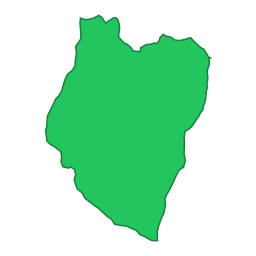 outline of Oghuz District, Oğuz, Azerbaijan
{"feature_id": "54616110B99657283459996", "entity_name": "Oghuz District", "entity_type": "district", "adm_level": 2, "iso_a3": "AZE", "parent_name": "Azerbaijan", "parent_adm1": "Oğuz", "projection": "albers", "projection_center": [47.537, 41.048], "detail": "fine", "context": "isolated", "style": "filled", "palette": "green", "viewbox_px": 256, "rotation_deg": 0, "n_neighbors": 0, "source": "geoboundaries", "source_scale": "gbopen_adm2", "svg_char_len": 1683}
<svg xmlns="http://www.w3.org/2000/svg" viewBox="0 0 256 256"><path d="M210.3,58.0L208.7,57.2L203.8,49.2L200.5,47.5L194.8,42.3L190.6,37.7L184.6,39.5L179.4,40.6L174.7,40.0L171.3,37.3L165.4,35.9L163.1,34.4L159.8,38.0L159.6,40.3L156.6,43.6L154.6,43.0L149.7,44.4L146.6,44.4L140.6,47.8L140.5,51.6L133.3,51.1L130.8,47.4L127.1,44.3L124.0,42.9L118.7,37.2L118.7,34.6L119.6,28.4L119.4,24.7L117.8,19.6L116.0,17.8L114.0,17.7L108.3,21.1L105.6,23.2L101.9,17.4L98.8,15.4L93.5,18.2L86.3,19.8L80.4,18.1L80.4,18.4L80.4,18.5L80.0,23.6L80.6,30.3L81.0,38.5L78.8,42.0L75.7,46.5L76.5,53.8L75.2,61.4L75.2,65.2L72.6,70.1L67.7,74.1L65.5,78.4L64.0,82.6L63.9,82.9L61.8,90.6L59.0,95.6L55.7,99.1L52.8,105.3L50.1,110.6L49.2,112.5L47.4,116.4L47.1,122.4L46.6,126.9L45.7,130.7L46.5,136.9L46.9,141.0L50.7,144.7L54.0,146.3L57.2,148.9L60.7,151.5L61.7,156.5L61.1,161.6L62.8,166.7L68.2,168.1L70.7,167.0L74.3,169.2L75.7,174.5L74.2,179.5L75.8,185.0L77.3,189.0L82.0,192.8L85.4,198.8L90.3,202.3L94.3,205.5L98.2,208.1L103.2,212.7L107.1,216.3L111.2,219.0L114.9,224.4L122.8,225.7L126.7,226.2L136.0,230.3L140.3,234.8L144.6,236.6L150.0,239.7L152.3,240.6L157.6,240.6L157.3,240.0L157.3,231.8L158.7,225.8L161.2,218.8L163.9,212.9L165.5,204.6L165.0,198.4L166.6,194.8L169.9,189.1L170.3,188.3L173.3,182.0L175.0,178.3L176.9,174.1L179.4,170.0L182.8,167.5L183.5,167.5L185.3,160.3L184.0,153.0L184.5,143.5L184.2,138.3L184.5,134.6L185.2,131.3L188.3,129.5L191.7,126.8L193.9,123.4L195.3,121.2L197.6,117.9L199.0,115.9L200.4,112.8L202.9,109.8L203.2,106.6L205.3,101.3L205.8,97.0L206.3,91.7L207.2,87.8L206.9,83.8L207.5,81.1L207.8,76.9L207.3,73.1L207.4,69.9L209.1,65.2L209.3,58.3L210.3,58.0Z" fill="#22c55e" stroke="#15803d" stroke-width="1.5"/></svg>